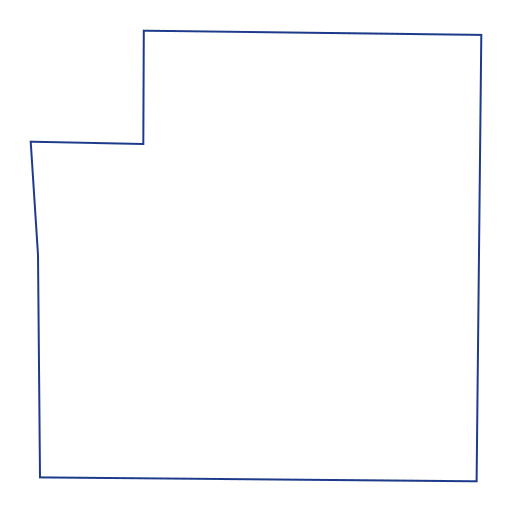 the district of Otsego, Michigan, United States of America
{"feature_id": "52423323B37183353111965", "entity_name": "Otsego", "entity_type": "district", "adm_level": 2, "iso_a3": "USA", "parent_name": "United States of America", "parent_adm1": "Michigan", "projection": "mercator", "projection_center": [-84.642, 45.028], "detail": "fine", "context": "isolated", "style": "outline", "palette": "blue", "viewbox_px": 512, "rotation_deg": 0, "n_neighbors": 0, "source": "geoboundaries", "source_scale": "gbopen_adm2", "svg_char_len": 218}
<svg xmlns="http://www.w3.org/2000/svg" viewBox="0 0 512 512"><path d="M476.6,481.3L481.3,34.9L143.8,30.7L143.3,144.0L30.7,141.7L38.0,254.9L40.0,477.4L476.6,481.3Z" fill="none" stroke="#1e3a8a" stroke-width="2"/></svg>